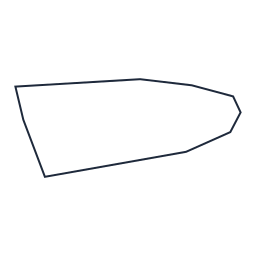 the border of Vevčani
{"feature_id": "MKD-2895", "entity_name": "Vevčani", "entity_type": "Statistical Region", "adm_level": 1, "iso_a3": "MKD", "parent_name": "North Macedonia", "parent_adm1": "", "projection": "equal_earth", "projection_center": [20.565, 41.232], "detail": "fine", "context": "isolated", "style": "outline", "palette": "slate", "viewbox_px": 256, "rotation_deg": 0, "n_neighbors": 0, "source": "natural_earth", "source_scale": "10m", "svg_char_len": 239}
<svg xmlns="http://www.w3.org/2000/svg" viewBox="0 0 256 256"><path d="M44.9,176.8L23.3,119.7L15.4,86.6L140.1,79.2L191.8,85.3L233.1,96.4L240.6,112.4L230.3,132.1L186.1,151.8L44.9,176.8Z" fill="none" stroke="#1e293b" stroke-width="2"/></svg>